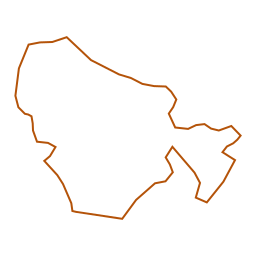 the District of Nisporeni
{"feature_id": "MDA-1642", "entity_name": "Nisporeni", "entity_type": "District", "adm_level": 1, "iso_a3": "MDA", "parent_name": "Moldova", "parent_adm1": "", "projection": "robinson", "projection_center": [28.24, 47.078], "detail": "fine", "context": "isolated", "style": "outline", "palette": "amber", "viewbox_px": 256, "rotation_deg": 0, "n_neighbors": 0, "source": "natural_earth", "source_scale": "10m", "svg_char_len": 797}
<svg xmlns="http://www.w3.org/2000/svg" viewBox="0 0 256 256"><path d="M72.4,211.0L71.3,203.2L63.0,184.0L57.3,175.1L44.3,160.9L50.0,156.1L55.5,147.0L48.0,142.9L37.0,141.7L33.0,130.5L32.7,123.3L31.5,116.3L28.2,114.5L24.9,113.8L18.4,107.3L15.4,95.8L18.9,68.4L28.6,44.6L40.0,42.4L52.3,42.0L66.7,37.2L91.0,60.1L119.0,74.4L130.9,78.0L142.4,83.9L154.1,86.1L165.8,86.5L171.2,91.7L176.3,99.5L173.2,107.1L168.8,113.6L175.2,127.5L188.1,128.9L196.1,125.1L204.5,124.1L211.1,128.6L218.8,130.5L231.3,126.0L240.6,135.6L237.3,139.7L233.2,143.3L226.9,146.5L222.5,152.2L235.0,160.1L223.4,181.7L206.8,202.4L195.8,197.6L200.0,182.9L194.5,172.6L172.4,146.8L165.7,157.4L169.9,164.5L172.8,172.3L165.5,181.3L155.0,183.3L136.1,199.9L122.2,218.8L76.2,211.9L72.4,211.0Z" fill="none" stroke="#b45309" stroke-width="2"/></svg>